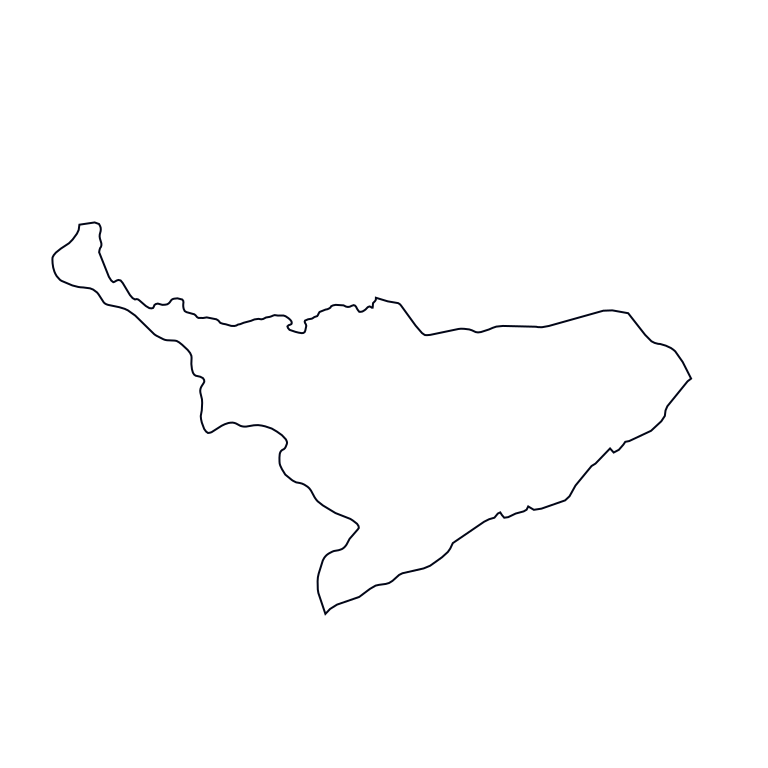 map outline of Central (orthographic projection), rotated 349°
{"feature_id": "GHA-2160", "entity_name": "Central", "entity_type": "Region", "adm_level": 1, "iso_a3": "GHA", "parent_name": "Ghana", "parent_adm1": "", "projection": "orthographic", "projection_center": [-1.513, 5.658], "detail": "fine", "context": "isolated", "style": "outline", "palette": "ink", "viewbox_px": 768, "rotation_deg": 349, "n_neighbors": 0, "source": "natural_earth", "source_scale": "10m", "svg_char_len": 4809}
<svg xmlns="http://www.w3.org/2000/svg" viewBox="0 0 768 768"><g transform="rotate(349 384 384)"><path d="M686.5,437.3L682.5,439.3L657.9,459.9L655.3,463.7L653.6,468.9L649.1,473.5L637.2,480.9L613.8,486.8L609.8,486.8L607.4,489.2L602.0,493.4L596.4,495.1L593.6,490.4L576.4,502.5L572.1,504.1L552.6,520.2L544.7,529.6L539.6,532.8L514.8,536.4L507.1,536.1L502.2,531.7L500.0,534.6L496.8,535.7L488.5,536.3L480.5,538.4L476.5,538.2L474.8,535.2L473.6,532.2L471.0,532.9L466.9,536.3L461.4,536.8L456.0,538.3L421.2,553.3L417.6,558.2L414.6,561.1L407.8,565.2L394.6,571.2L387.7,572.6L366.0,573.3L362.4,574.3L354.7,578.9L351.0,580.3L347.6,580.6L340.7,580.2L337.3,580.3L331.2,582.4L319.0,588.3L295.8,591.6L288.2,594.5L282.6,598.5L279.7,576.7L279.8,573.1L281.2,564.9L282.2,561.2L283.7,557.7L290.3,545.5L292.3,543.1L293.6,542.0L295.0,541.0L296.4,540.3L297.9,539.7L301.3,538.7L303.0,538.4L307.6,538.5L309.4,538.3L311.2,538.0L312.7,537.4L314.1,536.6L315.4,535.6L316.6,534.5L320.7,529.4L330.7,521.6L331.8,520.5L331.9,518.6L330.9,516.1L327.4,512.1L325.2,510.0L311.7,501.4L300.8,491.5L296.5,486.5L295.4,484.6L294.3,482.1L292.0,474.7L290.8,472.2L289.4,470.3L286.6,467.6L284.5,466.1L282.4,465.1L279.0,463.8L276.3,461.7L275.1,460.5L269.8,454.1L267.6,448.2L266.6,444.3L266.4,442.3L266.6,440.3L267.3,436.4L268.3,432.8L269.1,431.3L270.2,430.1L271.6,429.3L273.2,428.9L274.6,428.0L275.6,426.8L277.3,424.1L277.7,422.7L277.5,421.2L277.1,419.6L274.0,414.7L269.7,410.2L265.3,406.3L259.3,402.9L256.1,401.5L252.5,400.3L248.4,399.7L240.4,399.5L238.4,399.1L236.7,398.5L235.1,397.7L231.3,394.6L229.8,393.7L228.0,393.0L226.0,392.7L223.9,392.6L220.1,393.1L216.7,394.0L205.5,398.4L203.8,398.6L201.9,398.5L200.3,396.8L198.9,393.8L197.8,387.1L197.7,383.5L198.0,380.5L200.1,375.1L201.9,367.9L202.4,364.3L202.1,357.5L202.3,355.6L202.9,353.8L203.7,352.4L204.8,351.1L207.1,348.7L208.0,347.5L208.2,345.7L207.4,343.7L205.0,341.8L200.7,339.9L199.4,338.5L198.6,336.4L198.3,332.8L198.7,327.6L200.1,321.6L200.3,319.6L199.6,316.6L197.8,313.1L193.3,306.9L190.8,304.0L188.7,302.2L187.0,301.5L179.2,299.6L177.5,298.9L176.0,298.0L170.0,293.3L168.9,292.3L167.9,291.2L152.8,269.3L146.5,262.7L145.2,261.8L143.9,260.8L138.8,258.1L128.3,253.7L126.9,252.9L125.7,252.0L124.5,250.5L120.9,241.5L119.8,239.4L116.5,235.8L113.7,234.0L106.8,231.7L105.0,231.3L102.4,230.4L96.9,227.8L87.1,221.2L85.8,219.9L83.3,215.7L82.4,213.0L81.9,210.8L81.5,206.5L81.7,202.3L82.3,198.3L82.8,196.5L84.4,194.5L87.0,192.4L92.7,189.4L101.7,185.7L105.9,182.8L111.3,177.8L113.7,174.5L115.4,169.5L130.8,170.2L134.8,172.6L135.5,175.0L135.7,176.5L135.5,178.2L135.0,179.9L133.5,183.0L133.0,184.9L132.9,187.0L133.4,191.9L133.1,193.8L132.4,195.3L131.2,196.5L130.3,198.2L129.5,200.3L134.4,226.3L136.0,230.4L137.7,232.4L138.8,232.3L141.4,231.4L143.1,231.2L145.2,232.1L146.8,235.0L151.6,248.2L153.6,251.7L155.7,253.5L157.1,253.4L158.5,253.9L159.7,255.1L165.1,262.0L168.1,264.7L170.2,265.4L171.8,265.3L172.8,264.2L173.6,262.8L175.1,262.0L177.3,261.9L181.5,264.0L184.2,264.4L186.4,264.4L188.0,263.8L189.2,263.0L191.3,261.0L192.5,260.4L194.1,260.2L197.6,260.5L202.1,262.6L202.8,264.1L202.7,265.7L202.2,267.2L201.8,269.1L201.7,270.3L201.7,272.0L202.3,274.4L203.9,275.8L211.1,279.4L212.2,280.7L213.2,282.6L214.4,283.7L219.1,284.7L222.7,284.8L231.8,288.5L233.5,290.1L235.0,292.8L237.3,294.1L240.1,295.2L245.1,297.8L248.2,298.5L250.3,298.4L252.0,297.8L254.3,297.8L258.0,297.1L265.5,296.6L269.1,295.9L273.2,296.1L275.9,297.1L277.8,297.1L280.9,296.2L284.5,296.3L286.3,296.1L288.0,295.7L289.8,295.5L293.0,296.6L298.4,297.6L300.3,298.7L302.9,301.3L304.3,303.2L305.1,304.9L305.1,306.5L304.5,307.5L303.1,307.9L301.6,308.1L300.2,309.0L300.4,310.6L301.6,312.8L307.0,315.9L310.0,317.3L313.0,318.4L314.6,318.5L316.0,317.9L316.9,316.6L318.8,312.1L318.7,310.5L318.2,309.2L318.0,307.8L318.6,306.7L321.8,306.0L325.6,306.1L327.1,305.6L328.4,305.0L331.4,304.6L332.4,303.6L333.3,302.3L334.5,301.0L340.8,299.8L342.7,299.8L344.4,299.4L345.9,298.8L347.0,297.6L349.0,297.1L351.7,297.1L359.3,299.1L361.5,300.8L363.3,301.5L365.2,301.6L367.1,301.1L369.3,300.8L370.6,301.6L371.4,303.1L371.9,305.0L372.6,306.7L373.5,308.4L374.9,308.7L376.7,308.7L378.4,308.1L380.0,307.4L382.7,305.5L384.5,305.1L385.5,305.6L386.5,306.7L387.4,306.9L387.8,305.7L388.2,304.1L388.7,302.5L391.0,300.9L391.7,300.2L392.1,299.6L392.5,297.8L403.5,303.6L413.3,307.3L414.8,308.7L415.7,310.2L426.2,332.8L431.0,341.2L432.8,343.1L433.6,343.8L435.8,344.3L438.8,344.6L467.6,344.2L470.0,344.4L473.1,345.1L478.1,346.7L480.6,348.1L483.9,350.5L486.1,351.3L489.1,351.5L497.4,350.5L501.5,349.6L505.2,349.1L511.8,349.7L544.2,356.8L545.9,357.5L549.8,358.4L556.9,358.5L613.3,353.9L622.2,355.3L637.2,361.1L649.7,385.6L654.7,393.1L657.5,395.3L660.8,396.9L662.7,397.4L667.9,400.1L672.5,403.4L674.6,405.6L676.1,407.5L681.4,419.4L686.5,437.3Z" fill="none" stroke="#020617" stroke-width="2"/></g></svg>